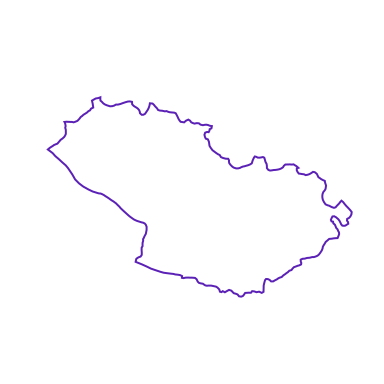 Sabatia, Western, Kenya (Mercator projection), rotated 37°
{"feature_id": "3690345B66034792821771", "entity_name": "Sabatia", "entity_type": "district", "adm_level": 2, "iso_a3": "KEN", "parent_name": "Kenya", "parent_adm1": "Western", "projection": "mercator", "projection_center": [34.76, 0.115], "detail": "fine", "context": "isolated", "style": "outline", "palette": "violet", "viewbox_px": 384, "rotation_deg": 37, "n_neighbors": 0, "source": "geoboundaries", "source_scale": "gbopen_adm2", "svg_char_len": 5381}
<svg xmlns="http://www.w3.org/2000/svg" viewBox="0 0 384 384"><g transform="rotate(37 192 192)"><path d="M51.3,244.8L57.3,244.8L61.2,245.6L65.9,245.9L70.7,246.4L75.1,246.7L78.5,247.5L85.8,250.0L91.1,252.3L96.7,253.1L98.6,253.1L101.9,253.1L107.8,252.3L112.3,251.4L117.1,249.7L118.6,249.1L120.0,248.2L121.6,247.8L123.3,247.5L125.5,247.4L127.5,247.2L129.3,247.1L130.9,247.1L133.1,247.0L135.0,246.8L136.7,246.8L138.3,246.8L140.1,247.1L142.7,247.4L144.9,247.9L148.4,248.3L151.7,248.6L155.1,248.9L156.6,249.0L158.7,249.0L162.1,248.9L163.7,248.6L165.4,248.2L167.7,247.4L169.7,246.7L171.5,245.9L173.2,245.6L174.7,245.9L176.7,247.1L178.6,249.7L180.3,253.2L180.7,256.0L181.1,257.6L181.3,259.1L182.4,260.4L183.1,262.3L184.1,263.7L185.1,265.0L185.3,266.8L186.7,268.7L188.5,270.8L189.7,272.5L189.8,274.5L188.8,276.0L188.1,277.5L187.8,279.1L189.0,281.7L195.7,279.9L201.1,278.7L205.3,277.9L210.8,276.1L215.2,274.6L218.0,273.5L220.5,272.1L222.6,270.9L224.5,269.8L226.5,268.6L228.3,267.9L230.1,266.8L232.3,265.6L234.7,265.1L235.6,266.6L237.0,265.9L238.5,264.2L240.3,262.8L243.6,260.4L246.1,258.8L248.2,258.9L250.4,260.1L252.2,260.4L253.8,259.8L255.9,258.7L257.4,258.7L258.8,258.6L260.3,257.9L261.4,256.9L263.5,255.3L265.8,254.2L268.2,253.1L269.9,253.0L272.4,253.4L274.3,254.8L275.8,254.2L276.2,252.7L278.6,252.3L279.5,250.1L280.5,247.9L282.8,247.1L286.2,247.7L288.5,246.8L290.1,246.4L292.3,247.0L294.2,246.0L295.2,244.5L295.3,243.0L295.2,240.6L298.0,238.2L299.7,237.0L299.7,235.0L301.6,233.9L303.8,233.2L305.6,231.2L308.4,230.6L309.2,228.7L307.7,226.6L306.5,224.9L305.6,223.7L305.0,222.4L304.1,220.3L303.4,218.5L303.5,216.9L305.0,215.9L306.9,215.5L308.9,215.8L310.6,214.6L311.4,212.6L312.4,210.6L312.9,208.9L313.6,207.6L314.8,205.9L315.1,203.6L315.8,201.7L316.2,200.1L316.8,198.4L317.1,196.3L318.4,194.5L318.4,192.7L318.6,190.8L319.7,189.1L320.8,187.3L321.7,186.2L322.7,184.2L322.0,182.9L320.6,182.0L319.5,180.6L320.5,178.8L322.2,177.3L323.5,175.5L325.6,173.6L327.1,171.7L328.6,170.5L329.6,169.1L330.6,167.3L331.0,165.6L331.0,163.1L330.8,160.5L330.3,158.6L329.5,157.1L329.2,155.4L329.1,153.4L328.8,151.4L329.3,149.3L329.8,146.9L331.7,145.2L333.0,143.8L334.3,142.6L336.0,141.2L335.4,138.8L334.8,137.0L333.7,135.8L332.1,135.1L330.6,134.2L328.8,133.9L327.5,133.1L325.8,132.1L323.8,132.0L322.5,130.8L321.1,131.5L319.7,130.7L319.2,128.8L318.9,127.0L320.2,125.8L322.2,125.5L323.7,125.6L325.2,125.7L327.0,126.2L328.9,127.1L330.7,128.1L332.3,128.4L333.8,127.5L334.8,126.4L335.3,124.9L335.9,123.3L334.7,122.1L333.0,121.6L332.1,120.1L333.0,118.2L333.2,116.3L332.8,114.0L331.6,111.9L329.5,111.3L327.4,110.9L325.6,110.6L323.6,110.3L320.9,109.7L318.9,109.1L316.6,109.0L316.4,110.7L316.4,112.8L316.0,115.8L315.9,117.8L314.9,119.2L312.8,119.9L311.3,120.2L309.8,120.4L308.3,121.0L306.1,121.5L303.4,120.6L301.2,119.5L299.6,118.1L298.5,116.8L297.5,115.1L296.9,113.1L297.0,110.7L296.8,109.2L296.0,107.7L295.2,106.2L293.6,105.1L292.4,104.2L291.4,103.2L289.3,103.7L287.2,104.0L285.5,104.0L284.1,104.1L282.7,103.4L280.8,102.4L278.1,102.3L276.5,103.1L275.9,105.0L275.0,107.1L273.9,108.7L272.6,110.1L270.7,110.5L269.0,111.5L267.6,112.2L266.2,113.0L264.1,112.4L262.6,111.6L261.5,110.1L262.4,108.7L259.9,108.5L258.1,108.7L256.5,108.8L255.1,110.1L253.5,111.1L251.9,112.4L250.0,113.9L249.6,115.8L249.8,117.5L249.1,119.5L248.0,121.3L246.8,122.7L245.4,124.1L244.0,125.3L242.6,126.8L241.4,127.9L239.7,128.4L237.5,127.9L236.1,126.1L234.7,124.7L232.5,123.7L230.6,122.2L229.1,121.1L227.6,121.4L226.4,122.8L225.1,124.1L223.7,125.0L222.3,125.2L220.8,125.8L220.8,127.2L221.1,128.7L221.5,130.4L222.0,131.7L222.5,133.2L221.7,135.2L220.6,137.0L219.5,138.4L218.4,139.9L217.4,141.0L216.5,142.4L215.8,143.9L214.7,145.3L213.0,146.6L210.7,147.4L209.0,147.5L206.7,147.2L204.5,146.6L203.3,145.6L202.5,144.4L200.9,143.7L199.1,145.0L197.7,145.6L196.2,146.2L194.1,146.7L191.9,145.8L190.0,146.2L187.5,146.3L185.4,146.3L183.2,146.3L180.5,145.5L178.2,144.6L176.7,143.1L175.3,141.7L173.0,140.4L170.9,141.1L169.2,140.2L167.5,138.8L166.8,136.7L167.9,135.0L169.3,134.2L169.0,132.5L168.3,131.2L169.2,129.5L168.2,127.4L166.3,128.4L164.4,128.9L163.0,129.6L161.8,130.6L160.5,132.1L158.2,133.1L156.2,133.0L154.4,134.1L152.8,135.9L150.9,136.5L149.4,136.8L147.6,136.2L145.5,136.4L144.3,138.6L143.8,141.1L142.5,141.8L140.6,142.8L138.7,142.3L137.0,141.6L135.6,140.8L133.6,139.8L131.6,138.9L130.1,139.3L128.2,140.5L126.2,141.7L124.7,142.3L123.0,142.7L121.8,143.9L119.4,145.0L117.3,146.3L115.6,146.9L113.6,146.2L111.0,145.8L109.2,145.3L107.3,145.1L105.0,146.5L106.1,148.7L106.8,150.8L107.2,152.9L107.3,154.8L107.4,156.4L107.4,158.1L106.6,159.6L105.4,160.6L103.1,160.4L101.8,159.2L100.4,158.4L98.6,158.0L97.1,158.0L95.4,158.2L93.5,158.3L91.5,158.0L89.8,156.1L87.8,157.1L86.4,158.3L85.3,159.7L84.3,161.1L83.2,162.7L81.8,164.9L80.2,166.8L78.7,167.9L77.8,169.9L76.6,171.5L74.9,172.9L73.2,173.5L71.8,174.0L69.8,174.5L67.7,174.6L65.7,174.2L63.9,174.1L62.8,172.9L61.8,171.5L60.6,173.4L58.8,175.3L57.1,179.2L59.5,181.2L62.3,184.0L61.2,186.2L61.4,188.2L60.6,189.8L60.3,191.8L59.5,193.9L58.8,195.7L58.5,197.5L58.0,199.0L58.0,201.5L57.7,204.1L56.5,206.2L55.5,207.6L53.9,208.3L52.3,209.5L49.5,211.4L48.0,212.8L49.5,213.6L51.4,215.4L52.1,217.0L53.8,218.3L55.2,220.1L56.3,221.6L56.7,223.3L56.8,225.0L56.4,227.2L55.7,229.3L55.6,231.1L55.5,232.7L55.4,234.4L54.4,236.0L53.5,237.6L53.1,239.0L52.5,240.5L51.8,242.5L51.3,244.8Z" fill="none" stroke="#5b21b6" stroke-width="2"/></g></svg>